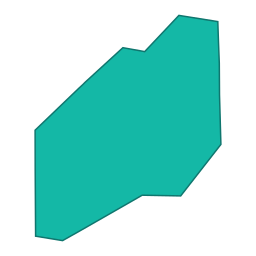 Demerval Lobão, Piauí, Brazil
{"feature_id": "56859067B93214732609639", "entity_name": "Demerval Lobão", "entity_type": "district", "adm_level": 2, "iso_a3": "BRA", "parent_name": "Brazil", "parent_adm1": "Piauí", "projection": "orthographic", "projection_center": [-42.666, -5.337], "detail": "fine", "context": "isolated", "style": "filled", "palette": "teal", "viewbox_px": 256, "rotation_deg": 0, "n_neighbors": 0, "source": "geoboundaries", "source_scale": "gbopen_adm2", "svg_char_len": 352}
<svg xmlns="http://www.w3.org/2000/svg" viewBox="0 0 256 256"><path d="M217.8,21.6L182.6,16.0L178.9,15.4L144.7,51.6L122.9,47.7L85.3,82.1L82.6,84.8L78.9,88.2L35.1,130.2L35.2,170.0L35.6,236.2L62.6,240.6L79.3,231.2L142.2,195.2L180.7,195.9L220.9,144.4L219.5,94.7L219.3,63.2L218.5,42.6L217.8,21.6Z" fill="#14b8a6" stroke="#0f766e" stroke-width="1.5"/></svg>